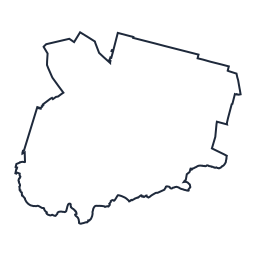 the district of PuketÄpapa Local Board Area, Auckland, New Zealand
{"feature_id": "76426892B65793329230414", "entity_name": "PuketÄpapa Local Board Area", "entity_type": "district", "adm_level": 2, "iso_a3": "NZL", "parent_name": "New Zealand", "parent_adm1": "Auckland", "projection": "mercator", "projection_center": [174.74, -36.917], "detail": "fine", "context": "isolated", "style": "outline", "palette": "slate", "viewbox_px": 256, "rotation_deg": 0, "n_neighbors": 0, "source": "geoboundaries", "source_scale": "gbopen_adm2", "svg_char_len": 5754}
<svg xmlns="http://www.w3.org/2000/svg" viewBox="0 0 256 256"><path d="M15.4,173.3L15.7,173.4L15.6,173.0L15.7,172.8L16.3,172.5L16.7,172.6L17.0,172.8L17.3,172.7L17.8,172.9L19.7,173.6L19.6,174.7L19.6,175.2L19.8,175.7L20.3,176.4L20.4,176.8L20.0,177.4L19.7,177.6L19.7,178.3L18.9,178.9L18.6,180.0L18.5,180.5L18.5,180.8L19.0,181.4L18.9,182.2L19.0,182.5L19.2,183.1L19.8,184.2L20.0,185.0L20.0,185.5L20.0,185.8L19.3,186.7L19.4,187.1L19.6,187.8L19.6,189.9L19.8,190.4L19.9,190.5L20.4,190.4L20.6,191.6L21.2,192.2L21.8,192.5L21.9,193.0L21.8,194.0L22.0,195.4L22.4,195.3L22.9,196.1L24.5,197.9L24.9,198.8L25.0,198.8L25.0,199.2L25.5,200.3L26.5,202.0L28.2,203.8L29.8,204.9L30.8,205.4L32.1,205.7L33.5,206.1L34.1,206.0L35.3,206.1L36.5,206.1L37.4,205.8L37.9,205.8L38.8,206.1L41.9,207.9L42.4,208.0L43.4,208.0L43.7,208.1L44.1,208.4L44.1,209.1L44.2,209.5L45.2,211.0L45.7,211.5L46.8,212.3L46.4,213.1L46.9,213.9L47.6,214.4L48.0,214.7L49.3,215.1L50.2,215.4L50.9,215.3L51.5,215.1L51.8,214.9L52.3,214.8L53.8,215.5L55.2,215.9L55.5,215.8L55.8,215.6L56.6,214.5L57.2,214.0L57.6,212.6L58.6,211.9L60.1,211.6L61.6,211.6L63.0,211.9L64.0,211.9L64.7,212.1L65.5,211.8L66.2,211.1L66.2,210.8L66.5,210.1L66.7,209.0L66.9,208.6L67.3,206.7L67.7,205.6L68.1,204.5L68.7,203.9L69.1,203.7L70.0,203.7L70.2,203.8L70.7,204.3L70.6,205.7L71.0,206.6L70.9,207.1L71.1,207.4L72.5,208.6L73.5,209.1L74.4,210.1L75.0,210.5L75.5,211.1L75.3,211.2L75.3,211.3L75.9,211.8L76.2,212.3L76.5,213.2L76.5,213.8L76.4,213.8L75.8,214.3L75.1,214.6L75.1,214.8L75.6,215.7L77.3,217.1L78.1,218.1L78.7,219.6L78.8,220.6L79.0,221.4L79.1,222.0L79.0,222.5L79.0,222.9L79.3,223.2L80.2,223.6L80.9,223.7L81.9,223.4L83.8,223.0L84.5,222.7L86.2,222.2L86.7,222.4L87.2,222.3L87.4,222.2L87.5,221.8L88.3,221.1L88.2,221.0L88.2,220.9L88.4,221.0L88.5,221.0L88.8,220.5L89.0,220.6L89.3,220.2L89.6,220.2L89.8,219.8L90.2,219.7L90.6,219.3L90.8,219.1L91.4,217.9L92.2,215.9L92.3,215.2L92.5,214.3L92.6,213.3L92.5,212.4L92.5,211.9L92.9,210.6L93.3,208.7L93.9,207.5L94.4,206.8L95.1,206.1L95.6,205.9L96.4,205.8L98.7,205.9L100.0,205.8L100.9,206.0L101.2,205.9L103.6,206.2L104.5,206.4L105.0,206.9L105.7,206.7L106.3,206.4L107.1,206.4L107.7,206.2L108.3,206.5L108.5,206.5L108.7,206.3L109.0,205.8L109.5,205.3L109.7,205.0L109.8,204.7L109.7,204.3L109.3,203.8L110.6,202.2L110.8,201.8L110.8,201.1L111.0,201.0L111.5,200.5L112.2,200.2L112.5,200.1L113.2,200.2L113.8,200.7L114.3,200.6L114.9,199.9L116.2,197.9L117.1,196.3L117.5,195.8L117.8,195.3L118.1,195.2L119.7,195.5L121.6,196.1L123.9,197.1L125.3,197.8L126.7,198.8L127.2,199.3L128.4,200.3L128.5,200.4L128.7,200.6L129.1,201.4L129.3,201.4L129.8,201.2L130.5,200.5L131.1,200.0L131.4,199.9L131.5,199.9L131.7,200.2L131.9,200.3L134.7,198.8L134.8,198.6L136.1,198.1L137.6,197.5L137.9,197.7L138.7,197.1L139.8,196.2L140.9,195.4L141.4,195.3L141.5,195.3L141.8,195.6L141.8,196.2L141.9,196.5L142.2,196.7L142.6,196.7L143.3,196.4L143.6,196.8L143.9,197.0L144.4,196.8L145.0,196.3L146.2,195.5L146.6,195.5L146.7,196.3L146.8,196.6L147.2,196.8L147.9,197.1L148.3,197.5L148.5,197.5L149.2,197.1L149.9,196.7L150.8,195.9L152.1,195.0L155.2,193.2L155.8,192.9L156.5,192.8L157.6,192.8L164.4,189.7L165.0,188.4L165.4,188.1L165.6,187.7L165.9,186.7L166.5,186.4L167.4,186.4L169.3,186.8L169.7,187.1L169.8,187.4L170.3,188.1L170.9,188.4L171.3,188.5L172.0,188.4L172.4,188.1L173.1,187.6L173.9,187.6L175.2,187.0L175.8,187.0L176.4,186.8L176.9,186.9L178.4,187.4L178.8,187.5L179.3,188.0L179.7,188.2L181.2,188.9L183.2,189.4L184.1,189.8L185.6,190.1L186.9,190.5L188.3,190.7L188.6,190.6L188.7,190.4L188.6,190.2L188.2,189.9L188.4,189.5L189.7,187.9L190.2,187.4L190.3,187.2L190.3,186.9L190.1,186.2L190.0,185.5L189.9,184.9L189.6,184.3L188.7,183.6L188.3,183.1L187.5,182.4L186.7,182.1L186.0,181.9L184.9,181.8L183.8,182.0L184.7,180.7L185.8,179.9L186.8,174.2L187.6,173.7L188.0,173.2L188.7,172.8L189.6,171.9L189.7,171.5L190.1,170.4L190.2,169.9L190.2,169.6L190.6,168.6L190.8,168.6L191.1,168.8L191.0,169.3L191.1,169.5L191.5,169.7L191.8,169.6L192.0,169.4L192.0,169.0L192.8,168.6L192.7,168.5L193.6,168.3L195.0,167.5L196.2,167.0L197.1,166.4L197.9,166.0L198.9,165.7L199.4,165.7L199.8,165.6L201.1,165.6L202.0,165.8L202.5,165.7L203.1,166.0L204.2,165.9L205.0,166.2L205.4,166.2L206.3,165.9L206.5,165.6L206.9,165.4L207.7,165.4L208.5,165.7L208.8,166.0L209.1,166.1L209.8,166.1L210.6,166.4L211.2,166.4L211.6,166.8L212.1,166.7L212.7,166.8L213.5,167.3L214.0,167.3L214.5,167.5L214.8,167.7L215.1,167.8L215.9,167.5L216.4,167.4L217.4,168.0L218.0,168.0L218.7,168.3L219.1,168.3L219.6,168.0L220.6,167.7L221.2,167.1L221.7,166.8L222.1,166.2L223.1,165.8L223.8,165.2L224.9,163.8L225.2,163.2L225.7,162.4L225.8,162.1L226.0,160.4L226.3,159.5L226.3,158.8L226.5,158.3L226.5,157.0L226.8,155.8L223.8,154.2L211.9,148.4L215.3,136.9L216.5,124.2L216.9,121.7L227.0,124.4L226.9,124.0L227.0,122.5L228.0,118.2L231.7,104.2L232.4,103.9L234.9,94.1L235.1,94.2L236.8,94.5L236.9,94.2L238.6,94.7L240.6,94.3L239.8,89.6L239.5,88.1L238.1,80.1L237.3,77.4L236.5,73.6L228.3,71.0L227.7,70.7L228.8,66.4L222.0,64.6L210.4,61.7L203.0,59.6L197.6,58.3L198.5,54.6L164.3,45.9L154.8,43.4L133.2,37.9L133.4,37.0L117.8,32.9L113.3,50.4L112.4,50.1L112.2,50.7L111.7,50.5L111.5,51.1L113.0,51.6L111.3,57.8L110.4,57.4L109.9,58.9L109.4,59.8L110.5,60.8L110.1,62.4L110.1,62.9L103.6,57.1L99.1,52.9L95.2,42.7L94.9,41.5L88.1,37.2L80.1,32.3L74.1,42.1L69.3,38.8L46.2,44.2L43.9,46.4L43.6,46.8L47.6,53.5L47.1,61.1L47.0,65.0L48.2,68.1L52.0,76.8L52.5,77.8L58.5,86.1L63.4,92.7L61.3,94.1L58.1,96.5L56.0,96.9L52.9,99.1L52.0,97.9L51.4,98.3L50.7,98.5L42.9,104.4L43.3,105.0L41.9,106.1L42.2,106.6L40.9,107.8L40.7,108.7L39.0,108.3L39.2,107.7L37.3,107.1L24.1,150.1L23.0,150.7L22.4,152.9L22.4,153.6L24.7,152.3L25.0,161.9L24.7,162.1L22.3,161.8L20.0,162.3L20.0,162.5L16.4,164.0L15.6,167.0L17.1,167.5L16.8,168.6L16.4,168.5L15.4,173.3Z" fill="none" stroke="#1e293b" stroke-width="2"/></svg>